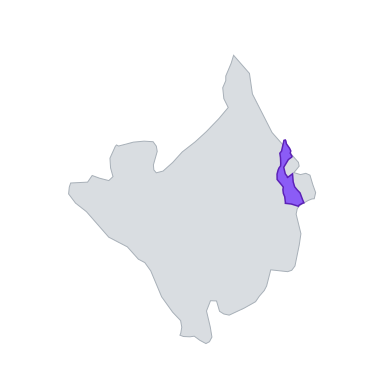 Kotor on a map of Montenegro (Albers equal-area conic projection), rotated 195°
{"feature_id": "MNE-1507", "entity_name": "Kotor", "entity_type": "Municipality", "adm_level": 1, "iso_a3": "MNE", "parent_name": "Montenegro", "parent_adm1": "", "projection": "albers", "projection_center": [18.686, 42.45], "detail": "fine", "context": "in_parent", "style": "filled", "palette": "violet", "viewbox_px": 384, "rotation_deg": 195, "n_neighbors": 0, "source": "natural_earth", "source_scale": "10m", "svg_char_len": 1864}
<svg xmlns="http://www.w3.org/2000/svg" viewBox="0 0 384 384"><g transform="rotate(195 192 192)"><path d="M166.6,50.6L166.3,52.7L166.9,58.8L169.7,64.8L179.6,70.9L194.2,82.9L211.4,105.1L219.3,111.6L226.4,113.2L240.3,122.3L249.9,124.4L260.7,126.8L288.9,145.7L301.6,151.1L310.7,158.2L311.8,165.0L311.5,169.3L295.4,174.5L292.7,182.1L284.8,181.4L275.3,181.5L272.3,186.4L276.9,194.2L280.0,203.4L277.9,216.2L277.1,217.9L274.8,217.4L261.5,225.0L251.5,228.7L242.6,230.5L238.3,227.0L236.1,222.2L236.3,208.2L234.6,203.5L231.5,201.3L225.4,204.7L218.3,215.5L211.8,228.2L201.9,241.3L193.8,254.0L185.0,269.9L178.9,283.0L185.4,290.4L189.3,300.6L188.2,308.3L189.4,312.8L187.5,326.3L187.2,334.8L167.2,321.4L159.0,302.3L130.0,270.1L96.9,248.2L95.2,244.7L97.0,240.5L98.6,237.1L91.7,236.9L86.9,239.5L82.4,238.8L77.3,230.5L72.4,223.4L72.2,217.1L74.4,216.3L77.7,213.8L84.6,206.8L86.0,203.1L85.7,197.6L76.0,179.9L74.7,168.5L73.4,147.2L75.4,142.2L79.0,139.8L95.8,137.2L95.6,120.6L96.7,115.6L100.0,108.8L102.2,102.5L111.5,93.4L124.2,82.7L129.7,82.4L134.5,83.9L140.1,93.1L146.0,91.8L147.2,80.8L139.4,66.3L135.2,57.0L136.4,51.9L139.3,49.2L146.1,50.8L152.5,53.3L156.5,51.6L162.9,50.2L166.6,50.6Z" fill="#d9dde1" stroke="#a8b0b8" stroke-width="1"/><path d="M81.1,210.5L82.4,209.7L85.1,207.1L85.6,205.7L85.9,205.8L93.0,206.1L97.7,205.4L98.9,205.2L99.1,206.1L101.2,211.4L103.4,214.3L104.8,217.8L105.1,220.4L108.2,222.7L113.0,226.1L114.5,231.3L114.5,235.5L114.2,237.7L113.2,240.1L113.7,242.6L115.4,248.0L117.2,252.2L116.1,254.7L116.3,260.0L116.5,264.8L116.6,265.6L116.3,265.9L115.3,266.4L114.5,265.5L113.3,263.0L109.1,259.5L107.2,257.2L107.2,254.9L106.5,254.3L105.4,253.0L104.6,252.4L104.6,251.7L107.3,248.3L109.8,239.6L106.6,233.7L103.6,231.3L103.8,230.3L99.6,235.6L96.9,228.0L94.2,223.6L90.7,221.1L87.4,219.1L83.2,213.2L81.1,210.5Z" fill="#8b5cf6" stroke="#5b21b6" stroke-width="1.5"/></g></svg>